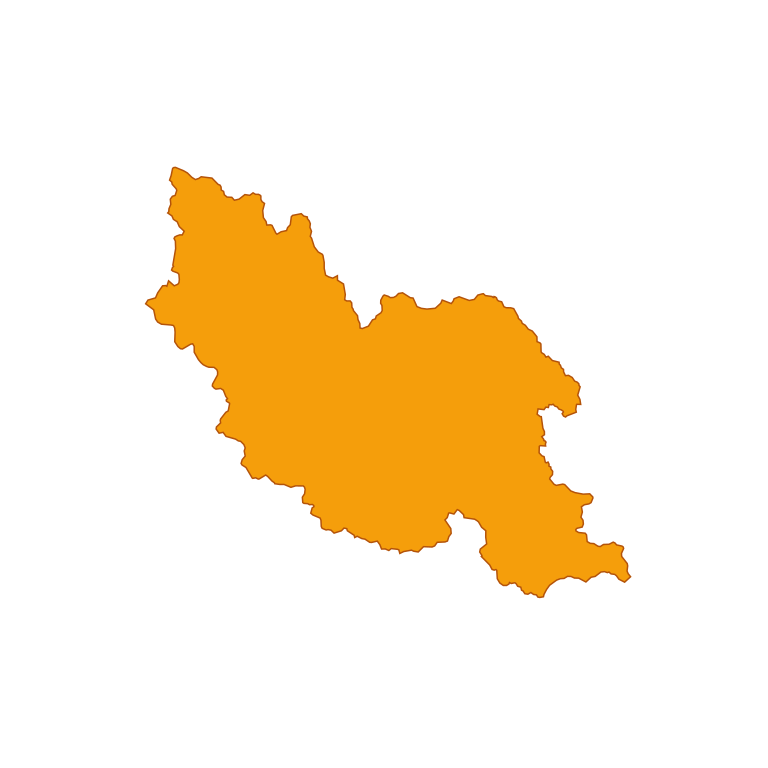 the district of Ham Yen, Tuyên Quang, Vietnam, rotated 149°
{"feature_id": "81297802B77229581138550", "entity_name": "Ham Yen", "entity_type": "district", "adm_level": 2, "iso_a3": "VNM", "parent_name": "Vietnam", "parent_adm1": "Tuyên Quang", "projection": "albers", "projection_center": [105.011, 22.095], "detail": "fine", "context": "isolated", "style": "filled", "palette": "amber", "viewbox_px": 768, "rotation_deg": 149, "n_neighbors": 0, "source": "geoboundaries", "source_scale": "gbopen_adm2", "svg_char_len": 6165}
<svg xmlns="http://www.w3.org/2000/svg" viewBox="0 0 768 768"><g transform="rotate(149 384 384)"><path d="M217.3,280.6L217.6,282.2L216.9,283.9L217.4,286.0L219.1,288.3L219.3,292.6L221.4,296.4L224.2,297.7L223.8,301.9L222.6,304.1L223.7,306.6L223.1,309.2L223.5,310.9L222.7,312.5L227.6,317.4L228.9,323.2L231.3,323.6L231.4,326.9L232.8,329.7L232.7,330.8L228.9,337.5L229.1,338.9L231.0,341.5L228.6,345.7L229.6,353.0L232.1,356.7L232.6,361.5L234.3,364.8L233.8,367.2L235.0,371.0L234.3,373.1L234.0,381.8L236.1,384.0L239.9,386.4L241.4,388.4L240.8,393.9L243.1,396.2L243.6,397.9L243.2,400.0L244.0,401.7L244.7,402.3L245.2,401.6L245.8,401.8L246.4,403.4L251.6,407.6L252.3,410.2L253.5,410.7L257.8,411.9L263.0,410.0L267.9,411.7L274.7,420.1L280.0,421.0L282.0,419.4L284.9,418.3L290.9,426.0L293.7,424.0L301.0,422.5L308.6,426.1L313.0,429.6L315.9,433.4L314.8,442.7L317.0,444.4L321.1,452.6L325.0,454.1L328.6,453.1L331.3,453.3L334.1,454.8L335.2,457.0L338.0,460.2L339.6,459.9L343.6,457.5L345.3,454.9L345.3,452.4L347.7,447.9L349.9,446.6L355.6,446.3L357.8,444.3L360.8,444.9L367.6,441.6L374.0,442.7L375.7,444.3L373.6,448.3L373.1,452.7L371.5,456.2L372.4,462.6L371.9,464.1L372.0,466.2L369.9,470.2L370.2,472.6L373.3,474.5L374.3,476.5L371.1,480.6L367.2,490.6L370.4,496.9L368.2,500.8L373.4,501.1L376.3,504.4L378.0,507.4L375.7,513.9L372.6,519.1L370.1,525.7L370.1,527.0L372.4,531.0L373.1,537.5L371.0,546.3L371.2,548.5L367.5,552.2L366.8,556.5L364.6,559.3L364.1,562.3L364.5,565.1L363.7,566.7L366.3,569.3L367.2,572.6L375.5,575.6L377.3,575.1L382.3,568.8L386.1,567.7L388.5,565.7L393.8,567.5L398.6,567.5L399.0,569.0L398.3,577.6L399.2,578.8L402.6,580.6L401.4,584.0L401.7,588.7L398.6,595.2L393.4,600.3L394.6,603.0L394.5,605.6L392.7,608.6L393.0,609.8L394.0,611.3L396.4,612.7L397.8,615.3L401.9,614.9L405.7,618.0L413.0,617.1L417.6,618.6L418.3,622.4L422.2,625.0L423.4,628.4L422.3,631.7L423.6,634.1L422.2,636.8L422.1,638.8L423.4,640.6L425.4,649.1L434.0,655.8L436.9,655.6L440.4,656.4L442.3,660.2L443.8,666.1L445.9,669.9L451.2,677.1L452.7,677.8L454.1,677.7L459.1,672.3L462.8,669.2L461.9,666.5L462.7,664.3L461.6,658.4L461.9,656.7L465.9,653.2L468.7,653.9L472.0,652.5L474.2,647.8L478.0,645.0L479.8,642.5L481.3,642.0L479.2,637.3L479.7,633.6L477.7,629.5L478.4,624.3L476.6,617.9L480.1,615.7L482.3,617.0L485.1,617.6L487.5,617.8L489.0,616.9L489.2,614.0L492.9,607.3L503.8,594.6L503.8,593.2L505.3,592.8L507.4,591.1L506.9,589.5L503.7,585.5L503.3,583.7L505.6,579.0L507.6,576.4L509.4,575.7L513.2,576.2L515.5,583.4L519.8,579.6L520.4,580.8L523.2,582.2L531.0,578.7L535.5,575.5L543.1,577.5L547.0,575.5L543.2,566.2L546.3,557.3L546.1,553.7L544.0,549.9L536.5,544.5L534.7,543.0L534.3,541.9L534.6,539.7L536.4,536.0L541.6,528.0L541.4,522.3L540.3,519.1L538.7,517.8L529.2,517.7L527.3,517.0L527.3,514.0L530.3,509.0L530.5,500.5L529.9,496.6L529.0,493.6L527.0,490.4L525.5,488.6L521.1,485.8L519.9,482.3L520.4,480.0L522.0,477.5L531.0,472.2L532.2,470.7L531.6,467.7L530.7,466.2L526.3,464.3L524.9,461.4L526.0,454.8L525.7,452.0L527.5,451.6L527.9,450.4L526.3,447.2L526.5,446.6L531.4,441.2L534.2,441.2L542.0,438.2L543.1,437.2L544.1,434.8L549.7,433.5L551.1,431.9L550.7,426.8L546.8,425.4L546.4,420.5L539.6,413.2L538.2,410.3L536.4,408.7L535.3,404.3L535.9,400.7L538.3,398.6L540.1,393.7L544.5,392.2L547.4,389.5L547.4,387.7L545.3,383.5L545.4,371.3L545.1,370.7L542.3,369.7L540.8,367.3L540.0,366.9L532.3,366.9L531.3,364.7L530.0,358.5L528.8,355.8L529.0,354.8L525.1,351.6L521.4,349.4L517.0,343.4L512.2,342.2L505.7,338.2L505.3,336.7L505.8,334.4L508.6,330.8L512.3,329.0L514.7,324.2L514.1,322.9L511.0,320.7L510.0,318.9L507.4,317.6L506.8,316.0L507.3,314.9L509.4,314.8L513.3,311.0L512.4,308.3L507.8,302.0L508.2,299.7L511.1,294.3L511.4,292.6L510.9,291.5L508.8,288.7L506.9,288.0L504.7,286.0L503.6,281.9L496.1,280.1L492.5,281.1L490.4,279.2L491.0,277.1L487.5,269.7L488.2,267.5L485.4,267.3L482.7,263.0L480.2,260.8L477.8,255.7L476.3,254.6L470.7,252.8L470.3,248.5L471.1,243.8L467.8,241.9L465.6,238.8L462.6,239.2L457.5,235.3L456.7,234.2L457.7,230.6L453.3,230.2L446.0,227.4L444.7,225.4L441.2,222.4L433.9,224.2L426.7,219.5L424.0,219.1L419.9,220.9L413.1,217.2L410.5,216.7L407.0,219.8L403.4,221.3L401.2,225.7L401.8,236.1L398.6,236.9L395.1,240.0L394.1,239.7L391.0,236.5L385.9,238.6L384.7,236.9L383.1,231.1L384.2,228.2L375.9,221.4L374.5,218.6L374.0,217.1L374.1,210.9L372.3,205.8L375.7,200.3L378.4,194.0L386.5,192.9L388.5,190.7L388.4,186.8L388.6,186.1L389.4,186.0L386.6,174.4L386.9,169.4L385.4,167.7L383.6,167.3L383.3,166.2L387.2,158.7L387.2,153.7L385.5,149.9L382.7,148.2L379.9,148.2L378.7,149.2L377.7,147.5L374.2,146.2L373.6,144.9L373.6,141.8L371.4,139.4L372.3,136.4L371.4,135.0L371.3,131.7L368.9,129.7L365.5,129.6L364.2,126.6L361.9,124.7L361.9,122.2L360.4,120.8L356.9,119.5L355.3,121.2L350.4,124.2L345.7,126.2L337.1,127.0L333.1,126.3L329.8,124.6L325.8,124.6L322.8,122.7L320.7,119.6L317.1,117.3L312.9,110.3L306.0,111.7L302.1,110.3L294.9,111.1L291.6,109.6L289.7,107.3L288.0,106.9L287.2,104.3L284.3,102.0L283.5,99.9L283.2,95.7L279.8,90.2L271.9,91.8L272.4,95.6L272.0,98.5L268.8,102.6L268.0,104.8L269.1,113.8L267.7,116.5L263.3,119.6L262.9,121.1L263.5,122.5L267.5,126.3L267.9,128.8L269.0,130.4L273.6,130.7L278.5,133.4L282.4,133.3L284.2,134.8L286.3,139.1L289.3,141.2L291.0,144.3L288.1,150.4L288.4,152.5L293.7,156.5L295.1,159.2L294.6,160.5L292.8,160.9L287.8,159.3L285.2,161.3L283.6,164.7L283.8,168.4L279.9,172.1L278.0,177.1L274.4,177.3L270.1,175.7L267.6,175.7L263.7,178.6L263.2,179.6L264.2,183.9L270.0,187.0L276.2,192.5L279.0,196.2L280.9,204.7L282.3,206.1L288.6,208.4L289.9,210.5L290.9,217.3L289.7,218.4L286.3,219.5L284.4,222.3L284.7,225.2L283.8,226.9L284.9,228.6L283.8,230.3L283.6,232.6L285.6,232.9L286.0,234.0L284.2,239.3L285.6,241.0L286.5,245.1L283.0,250.6L281.8,250.7L277.4,247.6L276.6,249.4L275.1,250.7L275.1,251.9L276.1,253.2L275.6,254.1L275.9,257.6L272.6,257.9L271.0,260.6L270.6,264.2L266.0,275.0L266.9,275.7L268.3,279.2L264.8,283.3L260.0,279.6L257.2,280.8L255.2,279.2L253.1,281.3L250.8,279.7L249.5,279.6L248.9,277.0L247.3,275.2L247.0,272.4L245.3,270.4L244.5,268.4L244.6,267.6L246.6,266.8L246.6,264.0L245.4,262.2L243.5,262.5L233.7,260.8L232.7,263.5L229.7,267.1L229.2,267.3L225.9,265.2L224.0,269.9L223.7,274.7L217.3,280.6Z" fill="#f59e0b" stroke="#b45309" stroke-width="1.5"/></g></svg>